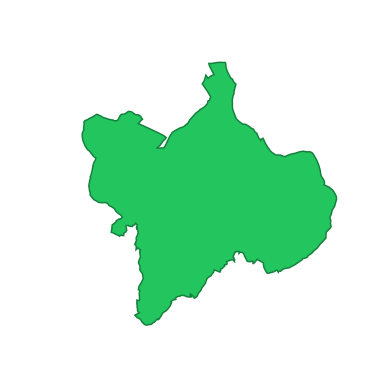 SIC, Cluj, Romania, rotated 143°
{"feature_id": "2599482B87199610196685", "entity_name": "SIC", "entity_type": "district", "adm_level": 2, "iso_a3": "ROU", "parent_name": "Romania", "parent_adm1": "Cluj", "projection": "mercator", "projection_center": [23.908, 46.924], "detail": "fine", "context": "isolated", "style": "filled", "palette": "green", "viewbox_px": 384, "rotation_deg": 143, "n_neighbors": 0, "source": "geoboundaries", "source_scale": "gbopen_adm2", "svg_char_len": 6016}
<svg xmlns="http://www.w3.org/2000/svg" viewBox="0 0 384 384"><g transform="rotate(143 192 192)"><path d="M275.2,250.9L275.2,249.8L275.1,247.1L275.3,246.7L275.0,246.3L274.8,244.4L273.7,242.3L273.2,241.0L273.0,240.1L271.2,238.4L270.5,237.6L267.5,235.7L266.6,234.1L266.3,232.9L266.4,230.8L265.6,229.6L263.9,225.4L264.3,223.4L264.2,221.2L263.6,218.6L262.9,217.1L262.7,214.2L262.7,213.8L265.6,213.5L266.0,213.6L266.4,214.4L267.4,214.3L269.7,214.7L270.1,214.2L270.6,213.9L272.5,213.7L275.2,213.8L275.8,213.6L277.4,211.7L280.8,208.3L280.1,207.6L279.3,206.2L278.3,203.9L276.9,201.7L276.4,200.2L274.9,200.5L272.9,198.3L271.4,199.8L270.7,200.2L268.8,200.0L267.0,200.8L266.9,201.0L266.9,201.5L266.0,202.8L265.8,203.7L265.0,204.8L263.1,203.8L263.1,203.2L261.8,201.5L260.3,200.3L259.5,201.0L257.5,200.2L256.4,200.8L256.0,201.2L255.7,200.9L255.5,198.9L256.4,198.0L257.8,197.1L258.3,195.9L257.6,195.9L258.4,194.4L259.0,192.6L259.5,192.0L261.7,190.3L264.1,189.1L265.9,186.3L267.4,185.9L267.5,185.1L269.2,184.7L269.1,182.7L269.5,181.7L271.4,179.6L268.9,179.9L268.0,176.5L269.1,176.4L269.8,175.7L272.3,171.1L274.9,169.7L277.0,168.1L277.4,167.5L277.7,166.5L277.9,164.8L278.1,164.4L278.9,163.1L280.2,161.8L280.8,160.2L280.5,159.5L280.8,157.9L280.7,156.6L281.1,156.0L283.1,152.1L288.7,149.4L289.8,149.2L291.6,148.1L293.0,146.7L293.6,146.3L292.9,144.7L294.8,143.3L297.6,139.0L298.4,138.2L299.1,137.1L299.7,137.1L301.1,138.8L301.9,137.5L302.2,137.4L303.7,135.2L303.9,134.5L304.6,133.9L305.9,131.5L307.1,129.7L307.1,127.9L306.7,127.5L307.4,127.4L311.7,128.0L311.4,124.5L310.9,124.0L309.8,121.3L310.2,117.8L309.8,116.5L309.8,114.9L309.6,114.6L308.1,112.8L306.4,112.2L305.2,111.3L303.9,110.8L302.0,111.0L300.2,110.7L296.6,111.5L295.8,111.2L296.2,110.7L295.6,110.3L294.7,110.4L291.3,111.6L288.6,112.8L287.1,113.0L284.3,112.7L281.2,113.2L278.2,114.1L274.9,115.9L274.9,117.0L273.5,117.3L272.3,117.0L271.0,117.1L269.8,115.9L269.4,116.0L269.2,116.4L269.7,116.5L268.1,117.6L265.4,116.7L264.5,116.1L263.5,116.0L262.0,115.4L261.1,114.5L260.1,113.3L259.4,111.8L258.2,110.6L257.1,109.5L255.5,108.5L255.3,109.6L255.5,110.4L255.1,110.7L255.2,111.2L254.6,111.5L253.8,108.3L253.8,107.7L254.1,105.9L252.5,105.4L250.6,105.7L248.0,107.2L244.1,108.1L241.6,109.6L239.8,109.9L235.9,111.3L233.1,113.2L232.1,113.7L230.5,114.0L228.5,113.9L227.6,113.6L224.6,114.7L223.7,114.7L222.9,115.0L221.1,116.5L217.9,111.2L216.3,112.1L215.1,113.5L214.3,112.8L210.8,113.1L210.4,113.2L210.2,114.0L209.9,114.3L207.9,113.3L207.4,113.4L206.8,114.0L206.3,115.6L201.3,114.1L200.0,113.0L200.1,111.1L200.0,110.8L198.6,112.7L198.5,113.9L198.0,114.6L198.1,115.4L197.7,115.9L195.3,117.2L194.0,117.6L194.1,117.9L192.8,117.9L191.9,117.5L191.8,117.2L190.4,116.3L191.4,114.7L190.3,115.1L189.8,114.9L188.5,113.7L188.0,113.0L188.0,110.4L188.6,109.5L189.1,105.8L189.6,104.1L189.4,103.2L188.9,102.5L187.1,101.1L185.6,100.6L185.6,100.1L185.3,99.6L185.4,99.3L186.7,97.7L185.9,98.1L185.2,98.2L185.0,97.9L180.2,99.0L180.1,98.0L179.7,97.1L179.1,95.9L178.8,94.8L177.8,93.1L177.8,92.2L178.8,90.8L180.2,87.6L180.5,85.1L180.9,82.9L180.8,82.0L180.3,81.3L174.6,79.0L171.2,78.7L171.1,78.0L171.3,76.9L171.3,76.1L171.0,76.4L169.8,76.2L168.8,75.4L165.3,75.6L162.4,74.3L160.0,73.0L153.6,72.0L144.8,71.6L144.1,72.0L143.4,72.0L139.9,70.6L138.8,70.6L137.6,71.3L133.6,71.0L129.8,71.7L125.9,71.9L121.0,73.2L112.8,74.6L110.5,77.6L108.7,79.2L103.8,79.9L101.7,80.7L101.4,81.1L100.6,83.2L98.5,85.5L98.1,86.3L97.5,88.1L96.8,89.0L94.5,90.2L90.9,93.1L86.7,94.8L81.6,98.7L80.2,100.2L79.6,101.3L79.0,103.3L78.5,107.6L78.6,109.3L79.6,113.2L82.1,118.3L80.7,119.4L79.9,121.0L79.5,122.3L79.3,126.0L79.0,127.5L77.9,129.8L76.6,132.1L74.8,136.6L73.7,140.5L73.0,143.7L72.9,145.5L72.4,148.6L72.3,150.0L72.5,151.3L73.4,152.8L74.2,153.7L75.9,154.7L78.6,157.6L79.1,157.9L82.0,159.4L86.4,160.9L89.9,162.6L93.9,163.8L95.8,163.9L95.7,164.1L97.4,165.2L98.6,167.5L100.4,169.4L102.7,170.9L104.3,175.3L104.7,178.0L104.5,181.2L104.6,181.9L104.1,186.9L103.1,191.3L103.0,192.3L104.1,192.3L106.0,191.9L105.6,192.7L106.1,193.4L106.2,193.9L106.1,195.4L104.9,199.8L105.5,201.7L105.2,204.6L105.2,205.5L105.6,206.4L106.4,207.4L106.6,209.3L108.2,213.2L108.8,214.1L110.7,215.8L111.8,219.4L112.6,223.6L110.8,230.3L109.6,233.7L108.7,235.4L105.9,239.1L104.8,240.9L102.0,243.5L99.1,245.5L98.5,246.4L96.3,248.3L92.1,251.6L92.0,251.9L92.2,252.3L92.5,255.4L92.0,256.7L91.8,257.6L92.1,258.8L92.5,259.5L91.4,266.3L89.9,270.9L87.9,274.1L87.4,275.3L92.0,279.0L94.8,280.7L96.2,281.3L96.8,281.9L98.4,282.5L99.8,283.4L101.0,284.6L101.4,284.2L102.2,282.1L103.8,272.7L107.7,273.4L110.8,273.0L110.6,276.9L114.9,273.7L118.7,272.2L119.0,266.4L119.0,263.4L119.4,260.5L119.8,256.7L120.7,256.1L121.9,255.5L122.5,255.0L123.0,254.8L124.7,255.0L125.3,254.1L126.6,253.5L127.2,252.9L128.0,253.0L130.4,252.5L134.3,252.7L135.7,253.1L136.5,252.8L138.4,252.6L140.8,252.8L150.7,250.9L152.9,249.7L153.7,249.5L159.7,249.2L163.1,250.4L168.2,251.2L171.8,251.5L176.9,249.5L185.7,244.9L186.9,244.6L187.8,244.1L192.6,247.4L193.4,248.2L192.8,248.5L189.8,248.4L184.0,250.2L181.6,250.4L179.8,251.0L180.6,253.8L183.2,259.3L188.6,269.6L193.7,279.0L192.7,279.0L190.2,279.7L187.7,279.9L187.8,280.9L187.4,283.2L188.1,285.3L188.6,286.0L190.4,287.7L191.3,289.7L191.5,291.2L192.6,293.2L194.4,294.7L197.8,294.7L199.2,295.0L200.1,295.4L200.8,296.1L201.8,296.5L203.1,296.3L207.9,294.2L208.7,294.1L209.7,294.6L211.2,295.7L211.6,296.8L213.4,298.6L215.4,301.1L216.1,302.4L217.3,303.8L218.4,305.6L219.1,307.7L220.4,309.5L220.5,310.3L221.0,311.1L221.8,311.5L225.3,311.6L230.9,312.7L232.0,312.6L233.8,313.3L234.7,313.4L236.1,313.0L237.5,310.9L240.4,308.0L240.8,307.0L244.2,305.0L245.6,303.3L246.7,301.6L248.4,298.1L248.8,296.0L249.7,292.9L249.7,291.2L249.9,290.2L249.8,288.0L249.4,287.1L249.2,284.7L249.2,279.6L248.7,277.9L248.3,277.4L248.3,277.0L250.3,275.5L252.5,274.6L254.7,273.1L259.9,268.3L264.2,265.2L264.5,264.7L264.6,264.1L266.3,263.2L267.4,262.3L268.3,261.2L269.4,260.4L271.2,258.2L272.2,256.1L273.1,254.8L273.7,253.0L274.4,251.6L275.2,250.9Z" fill="#22c55e" stroke="#15803d" stroke-width="1.5"/></g></svg>